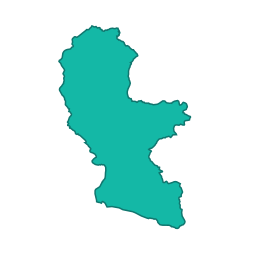 Pasaman, Sumatera Barat, Indonesia, rotated 173°
{"feature_id": "22746128B82897046958257", "entity_name": "Pasaman", "entity_type": "district", "adm_level": 2, "iso_a3": "IDN", "parent_name": "Indonesia", "parent_adm1": "Sumatera Barat", "projection": "mercator", "projection_center": [100.034, 0.4], "detail": "fine", "context": "isolated", "style": "filled", "palette": "teal", "viewbox_px": 256, "rotation_deg": 173, "n_neighbors": 0, "source": "geoboundaries", "source_scale": "gbopen_adm2", "svg_char_len": 5855}
<svg xmlns="http://www.w3.org/2000/svg" viewBox="0 0 256 256"><g transform="rotate(173 128 128)"><path d="M173.2,218.5L173.3,217.9L172.5,216.8L172.3,216.0L172.6,215.4L174.1,214.9L175.2,213.6L175.9,213.4L178.7,213.3L179.7,213.1L180.9,212.7L182.3,211.8L183.5,210.2L184.8,205.6L186.4,204.1L187.9,203.5L188.4,202.4L186.9,200.4L186.3,198.0L184.3,194.4L183.9,193.0L185.8,190.0L185.6,188.9L185.0,188.1L184.9,187.5L184.9,186.6L185.6,185.6L185.7,184.9L185.6,182.8L186.4,181.1L186.5,180.1L186.7,179.8L187.3,179.5L188.9,177.5L189.8,176.9L190.9,175.8L191.3,174.7L191.3,173.7L189.3,168.6L188.2,167.4L187.4,165.6L187.4,163.9L186.7,162.4L187.3,158.7L185.7,156.4L184.6,154.2L183.9,154.1L184.4,152.1L184.7,151.6L183.8,151.3L182.4,148.8L182.7,147.6L184.8,145.7L186.6,142.0L187.3,141.3L187.3,140.9L186.5,140.0L186.4,139.7L187.4,138.5L187.5,137.9L186.2,137.3L185.6,136.8L185.4,136.1L186.0,135.4L185.9,135.0L184.7,134.7L184.3,134.0L183.4,133.3L183.0,132.6L182.2,132.2L181.2,131.2L180.9,130.5L180.7,128.7L179.5,127.9L179.0,127.9L178.4,128.3L177.9,127.3L177.4,126.9L176.8,126.7L176.1,126.0L172.1,121.3L171.6,120.5L171.2,119.2L171.5,118.6L172.4,118.6L170.2,116.3L169.7,115.7L169.4,114.6L168.9,114.3L168.7,113.7L167.8,112.8L167.6,112.3L167.5,111.6L167.8,111.3L168.0,111.3L168.1,110.7L168.6,110.1L168.5,109.1L167.6,108.3L166.1,107.7L165.2,106.9L164.3,106.5L163.2,104.7L163.0,103.8L163.1,102.8L164.1,102.5L165.9,101.4L167.6,99.8L167.7,98.7L167.1,97.6L164.9,95.8L163.0,95.1L161.7,94.8L160.7,95.1L159.8,94.7L159.3,95.0L158.7,95.1L158.0,94.6L156.5,94.5L155.6,93.4L154.9,91.8L155.2,88.5L155.8,86.3L156.4,82.8L157.0,80.8L158.3,79.4L159.0,79.0L159.7,77.8L160.0,77.8L160.1,77.3L160.4,77.2L163.1,73.2L167.6,71.0L168.3,69.8L168.7,66.7L168.0,60.2L168.1,58.6L166.4,57.8L164.7,57.4L163.7,56.6L163.4,56.8L162.5,58.1L162.1,58.1L161.3,57.6L159.9,56.2L158.4,52.2L153.5,52.0L146.4,49.8L143.1,47.6L133.6,44.4L131.1,43.0L125.3,39.0L120.2,36.3L118.5,35.6L118.0,35.9L117.4,36.0L115.6,35.4L114.4,35.1L113.2,34.3L112.5,34.5L111.3,34.1L110.0,32.2L110.0,31.2L109.7,30.3L108.0,28.1L105.8,27.4L99.3,26.5L97.4,25.7L97.4,25.3L96.9,24.7L95.7,24.5L93.5,23.5L93.0,22.8L91.4,22.3L90.0,22.6L88.3,24.5L87.3,24.6L86.7,25.0L84.9,25.3L83.5,26.6L82.9,27.9L82.9,28.5L83.3,29.8L85.0,34.0L85.1,37.5L84.3,40.3L84.4,40.6L85.4,41.1L85.8,41.7L86.0,43.1L85.6,45.2L86.2,46.5L86.0,47.5L85.4,48.8L85.8,49.7L85.6,50.5L86.1,51.1L86.0,52.5L85.5,53.1L83.7,53.5L83.4,53.9L83.5,54.8L82.8,56.3L81.9,57.2L81.7,58.0L82.6,62.1L83.8,63.6L83.6,65.2L82.9,66.3L86.2,68.6L87.5,69.0L88.8,69.0L90.5,68.5L94.3,67.8L95.0,68.2L95.8,69.8L96.5,70.4L96.8,70.3L98.3,69.5L99.0,69.5L99.6,69.7L99.8,70.0L100.1,73.0L100.7,74.9L100.6,76.0L101.5,77.3L101.8,78.2L102.5,79.5L102.5,79.8L99.3,80.3L99.1,80.7L99.4,81.2L100.6,81.8L102.1,83.1L101.5,84.8L101.5,85.2L102.9,85.4L103.2,85.7L103.4,86.6L103.7,86.9L105.8,87.8L107.3,89.8L108.1,91.3L109.7,92.7L110.0,94.6L110.7,95.5L110.8,95.8L110.8,97.6L109.8,99.0L109.0,100.7L107.7,102.1L108.1,102.9L109.7,103.8L110.0,104.3L109.3,104.5L108.8,105.0L106.9,105.1L104.9,106.4L103.1,107.9L102.6,108.7L101.5,109.7L100.9,111.0L98.9,112.9L98.2,113.3L97.2,113.4L95.8,113.3L94.6,113.9L93.6,114.1L92.3,113.7L91.1,114.5L89.7,114.5L88.8,114.8L88.3,114.7L86.7,113.4L84.1,115.8L80.7,115.4L80.9,116.3L82.6,118.8L82.8,119.5L82.8,122.2L81.7,124.4L81.0,125.0L79.6,125.2L77.1,124.6L76.4,124.7L75.8,125.2L75.4,125.4L73.3,124.3L71.9,124.1L71.7,124.2L71.5,124.7L71.6,126.3L71.3,127.4L71.1,127.7L70.2,128.3L67.6,128.3L66.0,128.5L65.5,130.1L64.7,131.0L64.7,131.7L65.3,132.2L66.1,132.3L68.5,134.2L69.8,134.8L70.1,135.0L70.2,135.8L70.9,136.3L71.6,136.6L71.3,137.8L70.8,138.5L68.2,139.2L67.9,139.4L67.2,140.9L66.8,141.3L66.5,142.2L67.0,144.6L67.4,145.2L68.4,146.0L69.9,146.7L70.3,146.6L71.8,145.0L72.7,144.5L73.8,144.5L74.1,144.9L74.3,147.5L74.5,148.4L75.4,149.2L78.7,148.9L81.0,148.0L81.6,147.2L82.6,147.5L83.4,147.4L86.4,148.2L87.5,149.2L87.9,150.0L88.9,150.5L90.4,150.6L91.7,149.8L92.9,149.4L93.2,149.0L95.9,148.0L100.1,148.0L101.3,148.7L103.1,149.1L103.3,149.4L104.1,149.6L104.3,150.1L105.0,150.3L106.2,150.2L106.7,150.5L108.0,150.5L108.8,151.6L109.7,151.5L109.7,151.8L110.4,152.0L110.5,152.5L111.4,152.7L111.5,153.5L113.8,153.4L114.3,153.5L115.5,152.5L116.1,152.4L116.5,152.9L117.8,153.6L120.8,154.0L120.7,154.7L121.2,155.6L121.3,156.7L121.8,156.7L122.7,157.2L123.1,157.7L123.8,157.8L124.3,160.4L124.5,162.2L124.3,164.2L123.3,166.6L121.0,170.4L120.3,172.2L120.6,174.5L121.1,175.9L121.0,177.3L121.5,178.9L121.5,179.6L120.9,181.2L120.6,184.0L120.4,184.9L119.5,187.1L118.7,188.1L118.1,190.0L117.7,190.6L117.4,190.6L117.3,191.2L116.9,191.3L116.7,192.7L117.0,192.8L116.3,193.1L115.4,193.8L114.3,195.2L114.3,195.7L112.9,196.5L111.2,197.8L109.7,198.3L109.5,198.9L110.1,200.7L111.1,201.6L111.2,202.2L112.0,203.0L113.1,205.0L114.0,205.1L114.7,205.5L116.1,207.0L117.2,208.8L117.7,209.2L118.7,209.8L119.5,209.7L120.3,209.9L121.3,211.8L121.3,212.8L122.4,214.4L122.7,214.6L123.4,214.5L125.6,216.4L126.5,216.4L126.8,217.1L127.6,217.4L128.0,218.1L128.1,218.6L127.8,219.4L127.9,220.4L127.1,220.1L126.0,221.2L125.8,220.9L125.6,221.0L125.5,221.3L125.7,221.9L125.3,222.0L125.1,222.7L124.5,223.4L124.7,224.4L125.1,223.9L125.6,224.5L125.8,225.1L125.1,225.4L125.2,226.2L125.9,227.6L125.7,227.9L125.9,228.3L126.3,228.2L127.2,228.6L128.7,228.2L130.1,228.5L130.9,228.9L132.9,228.9L134.0,228.7L134.8,228.1L136.0,228.1L136.9,227.5L137.8,227.9L138.3,227.9L139.1,227.7L139.6,227.1L140.4,227.1L141.9,227.8L141.8,228.5L142.1,229.0L143.4,229.3L143.6,230.8L143.8,231.0L144.5,231.2L146.2,231.0L147.4,232.6L148.5,232.4L149.4,232.5L150.8,233.5L151.5,233.7L151.9,233.0L152.7,232.1L153.6,231.7L154.8,230.5L155.5,230.5L157.2,230.7L157.4,230.3L162.2,227.4L162.9,226.8L163.4,226.7L164.7,225.8L167.4,224.3L167.9,224.3L168.9,224.9L170.1,225.0L170.5,224.7L170.8,224.3L171.9,223.7L172.3,223.2L172.6,222.5L172.5,220.0L173.2,218.5Z" fill="#14b8a6" stroke="#0f766e" stroke-width="1.5"/></g></svg>